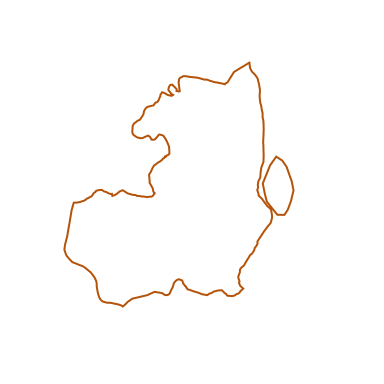 Al-Maragha, Suhaj, Egypt, rotated 32°
{"feature_id": "37247803B96203293605859", "entity_name": "Al-Maragha", "entity_type": "district", "adm_level": 2, "iso_a3": "EGY", "parent_name": "Egypt", "parent_adm1": "Suhaj", "projection": "robinson", "projection_center": [31.569, 26.668], "detail": "fine", "context": "isolated", "style": "outline", "palette": "amber", "viewbox_px": 384, "rotation_deg": 32, "n_neighbors": 0, "source": "geoboundaries", "source_scale": "gbopen_adm2", "svg_char_len": 4380}
<svg xmlns="http://www.w3.org/2000/svg" viewBox="0 0 384 384"><g transform="rotate(32 192 192)"><path d="M286.6,246.8L286.4,246.8L286.0,246.7L282.6,246.0L280.1,244.3L279.6,242.5L278.4,241.6L276.9,240.4L276.1,239.2L275.5,236.7L275.1,234.6L273.8,232.5L273.9,230.0L274.7,227.7L275.0,227.0L274.9,224.9L274.8,222.3L274.8,218.0L274.8,217.5L274.7,214.9L275.6,212.2L275.6,208.4L274.9,206.3L275.2,202.9L274.8,200.8L273.7,199.3L273.8,195.3L273.9,189.9L274.0,186.6L274.5,181.0L275.1,176.4L273.9,172.4L272.7,170.0L269.9,166.7L268.0,164.8L263.2,164.0L258.5,162.2L255.2,160.8L252.6,160.2L250.5,159.8L249.2,158.1L248.5,157.5L246.3,155.8L245.7,153.0L244.1,151.2L242.6,147.8L242.2,143.5L239.8,139.0L237.8,134.4L236.7,128.7L233.1,122.5L230.8,119.2L228.8,116.1L225.8,111.8L222.8,106.4L219.5,100.7L218.6,99.4L216.4,96.0L214.2,93.1L212.5,91.5L211.0,89.2L210.0,87.6L207.7,85.4L205.1,82.3L202.4,79.9L198.6,75.0L195.6,69.5L192.1,65.5L187.4,60.9L183.5,59.2L178.9,58.1L175.7,56.2L174.3,54.6L172.4,52.1L172.2,52.0L172.1,51.9L171.7,52.7L169.8,56.5L168.6,58.9L167.5,60.9L164.0,68.0L164.0,72.7L164.0,78.0L164.0,80.2L162.8,82.4L162.8,83.2L159.9,84.1L158.5,84.6L157.1,85.3L156.4,85.3L153.5,86.7L148.5,88.1L145.0,88.8L142.8,90.2L137.8,91.6L135.7,92.3L128.5,95.9L126.4,96.6L123.5,98.1L122.1,100.3L121.3,101.8L121.3,103.3L122.0,104.8L122.6,106.3L123.3,107.0L128.2,113.1L127.5,113.8L125.3,114.5L124.6,113.0L121.8,112.2L118.3,111.4L117.8,111.9L116.8,112.9L116.8,115.1L117.5,117.4L118.2,118.1L122.4,119.7L124.5,119.7L123.8,121.2L120.2,122.6L116.7,122.6L113.8,123.2L113.8,125.5L113.7,126.2L114.4,127.7L114.4,128.5L115.1,132.2L115.0,133.7L113.6,135.9L113.5,138.9L111.3,141.1L109.9,142.6L109.2,143.3L108.4,145.5L108.4,147.7L108.4,148.5L109.7,152.2L109.7,153.7L109.6,156.0L109.6,156.7L109.6,158.2L108.1,160.4L107.4,162.6L106.6,164.1L106.6,165.6L106.6,167.1L107.3,168.6L108.6,170.9L109.3,172.4L110.7,173.9L112.1,174.6L113.5,174.7L114.9,174.7L117.1,174.7L118.5,174.0L119.2,174.0L121.4,172.6L122.8,170.4L124.3,168.2L125.0,167.4L127.1,167.5L128.5,168.2L129.9,169.0L131.4,168.3L132.8,166.8L133.6,160.9L134.1,160.4L137.2,159.5L137.9,159.5L141.4,161.0L142.8,161.8L144.2,162.6L148.4,165.6L151.2,169.4L152.6,171.7L151.8,173.9L151.1,174.6L151.1,176.1L150.3,176.1L150.3,178.3L149.6,179.1L149.6,180.5L148.8,182.8L148.2,184.0L147.8,184.7L147.3,185.7L146.6,187.9L145.8,189.4L145.8,192.4L146.4,196.9L146.3,199.9L149.1,203.6L149.8,204.4L151.2,206.7L152.6,207.4L155.4,209.0L156.8,209.7L157.5,210.5L158.9,212.0L160.3,212.8L161.0,212.8L161.0,213.3L160.9,214.3L160.9,215.8L160.2,217.3L157.3,219.4L156.6,220.2L153.9,221.2L153.0,221.6L152.3,222.3L150.1,223.0L148.7,223.8L147.3,224.5L145.9,224.4L144.4,225.2L143.0,225.9L138.0,227.3L134.8,227.2L132.3,227.2L130.2,230.1L130.1,230.9L128.7,234.6L127.2,236.8L126.5,237.5L125.1,236.0L124.4,236.7L123.2,237.0L121.5,237.4L119.4,237.4L117.2,238.1L114.4,238.0L112.3,239.5L110.1,241.7L110.1,243.2L109.3,244.6L109.2,248.4L108.5,249.9L106.3,253.5L105.6,255.8L102.7,259.4L100.5,261.6L97.4,263.7L98.2,266.6L99.5,271.1L103.6,280.9L106.3,287.6L109.7,295.9L112.3,304.1L114.4,308.6L117.2,310.9L119.3,312.5L124.2,314.0L127.7,314.9L131.3,314.2L135.5,313.5L138.4,312.8L141.9,312.9L147.6,313.7L148.8,313.8L152.5,315.3L154.6,316.1L158.1,318.4L159.5,319.9L161.5,322.9L164.3,326.0L166.4,328.2L169.2,330.5L170.6,331.3L172.7,332.1L174.8,332.1L177.0,331.4L179.1,330.7L181.2,329.3L189.1,326.4L191.9,325.7L194.0,325.8L194.9,323.0L195.7,319.3L197.9,314.1L201.6,310.4L206.6,305.3L208.8,303.1L210.2,300.9L211.7,298.7L213.2,296.5L218.2,294.4L219.7,293.9L220.3,293.6L223.8,293.7L226.0,292.3L226.3,291.4L226.9,290.1L226.7,289.0L226.7,288.6L226.4,286.5L226.2,285.6L226.1,283.3L226.0,282.6L225.6,281.0L224.9,278.8L225.0,278.1L225.1,277.4L225.3,276.0L225.6,275.1L227.1,272.9L227.8,272.8L230.6,272.2L233.4,274.5L234.1,274.5L235.5,275.3L237.0,275.3L237.7,276.1L238.4,276.1L239.8,276.9L241.9,276.2L245.5,275.5L249.1,274.5L250.4,274.1L254.7,273.4L259.7,271.3L260.5,269.1L261.9,267.6L262.7,266.1L263.4,264.7L266.3,261.7L269.3,259.5L269.9,259.6L273.4,260.4L274.8,260.4L276.9,261.2L278.4,260.5L281.2,259.0L282.7,257.6L284.1,254.6L284.9,253.9L285.6,252.4L285.6,250.2L286.4,248.0L286.6,246.8ZM267.6,163.0L276.5,166.1L282.5,162.4L282.6,156.2L280.8,147.5L277.3,136.9L270.8,130.0L263.7,124.4L259.0,120.6L251.9,117.5L244.7,117.4L244.1,128.0L247.5,147.3L254.6,154.8L260.5,160.5L267.6,163.0Z" fill="none" stroke="#b45309" stroke-width="2"/></g></svg>